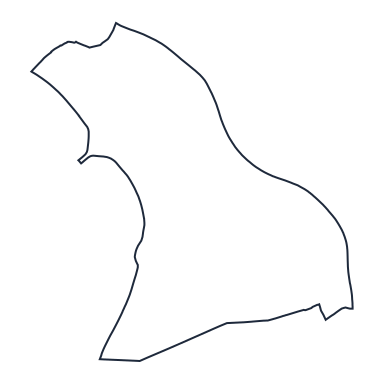 outline of Hattem, Gelderland, Netherlands
{"feature_id": "6326949B74620777468908", "entity_name": "Hattem", "entity_type": "district", "adm_level": 2, "iso_a3": "NLD", "parent_name": "Netherlands", "parent_adm1": "Gelderland", "projection": "mercator", "projection_center": [6.046, 52.477], "detail": "fine", "context": "isolated", "style": "outline", "palette": "slate", "viewbox_px": 384, "rotation_deg": 0, "n_neighbors": 0, "source": "geoboundaries", "source_scale": "gbopen_adm2", "svg_char_len": 5747}
<svg xmlns="http://www.w3.org/2000/svg" viewBox="0 0 384 384"><path d="M31.4,71.6L31.7,71.8L33.6,72.9L35.1,73.8L36.1,74.4L37.2,75.1L39.1,76.4L42.2,78.5L44.9,80.5L45.9,81.2L46.5,81.7L47.1,82.1L50.2,84.6L53.6,87.6L56.2,90.0L57.9,91.5L59.6,93.2L60.5,94.2L62.5,96.2L63.4,97.2L64.1,98.0L66.6,100.8L67.5,101.9L75.0,110.8L79.0,115.8L78.9,115.9L80.7,118.3L84.6,123.6L87.2,126.9L88.2,129.1L88.3,129.6L88.7,131.6L88.7,133.2L88.7,136.2L88.6,138.5L88.3,142.4L88.2,143.3L87.7,147.7L87.4,150.1L86.8,152.1L85.5,154.2L83.8,155.8L82.1,157.3L78.4,160.3L79.1,161.0L81.1,163.4L82.5,162.3L83.6,161.3L85.5,159.7L86.5,158.9L88.2,157.5L90.2,156.3L91.4,155.9L92.8,155.7L93.7,155.7L94.9,155.8L96.9,156.0L99.0,156.2L101.6,156.4L103.3,156.5L105.1,156.8L105.8,156.9L107.0,157.1L107.6,157.3L108.2,157.5L108.8,157.7L109.3,157.9L110.0,158.2L110.5,158.4L111.2,158.7L111.4,158.9L112.7,159.7L114.6,161.1L115.3,161.8L116.2,162.7L119.4,166.6L122.2,169.9L122.6,170.4L123.6,171.4L125.1,173.2L126.6,174.9L127.9,176.6L129.9,179.8L130.3,180.4L131.7,182.9L132.1,183.6L132.5,184.3L134.4,187.8L135.7,190.6L136.8,193.1L137.1,193.7L138.4,196.5L139.7,200.3L139.9,200.7L141.2,205.0L142.3,209.4L143.2,213.9L143.6,216.1L144.0,218.2L144.0,218.4L144.1,218.5L144.4,222.9L144.4,224.8L144.4,225.1L144.0,227.4L143.4,230.5L143.3,231.1L143.1,232.3L142.9,234.0L142.7,235.4L142.5,236.9L141.3,240.7L140.0,242.7L138.0,245.8L137.3,247.4L136.7,248.7L136.0,250.6L135.5,252.6L135.3,253.6L135.0,255.1L134.8,256.6L134.8,257.1L135.8,260.8L137.2,263.8L137.8,264.9L137.8,265.1L137.8,267.3L137.4,269.1L136.2,273.7L135.8,275.2L134.8,278.3L133.4,282.9L131.5,289.4L129.8,294.6L129.0,296.7L125.9,304.3L124.8,306.5L123.9,308.6L122.8,310.9L122.4,312.0L121.0,315.0L118.2,320.7L116.4,324.2L113.1,330.5L110.3,335.5L108.7,338.6L105.0,346.0L103.6,349.0L101.9,353.1L101.5,354.4L101.3,355.3L99.8,359.2L103.5,359.4L120.3,360.1L124.7,360.3L136.0,360.8L139.7,361.0L147.9,357.4L166.9,349.3L175.9,345.4L191.8,338.4L213.5,328.8L220.4,325.8L226.9,323.1L239.1,322.5L243.6,322.3L250.2,321.8L251.4,321.7L253.5,321.5L260.7,320.9L263.1,320.7L267.7,320.5L267.9,320.5L272.3,319.3L274.0,318.8L275.2,318.5L281.6,316.5L283.0,316.0L283.8,315.8L284.6,315.6L285.7,315.2L286.6,315.0L287.0,314.9L298.1,311.5L303.4,310.0L303.6,309.9L303.8,309.9L305.1,310.2L306.0,310.0L311.2,308.1L311.4,308.0L312.5,307.0L312.6,306.9L313.1,306.7L317.3,304.8L318.1,304.8L319.2,304.3L320.1,307.2L320.7,309.5L320.8,310.0L321.2,311.0L323.4,314.8L325.7,319.8L326.5,319.2L332.1,315.3L332.4,315.2L334.5,313.8L335.6,312.9L338.5,310.8L341.7,308.6L343.9,307.9L345.5,307.5L348.0,308.2L350.1,308.7L351.0,308.7L352.6,308.7L352.6,306.5L352.5,305.0L352.5,303.2L352.3,300.6L352.2,299.7L352.0,296.0L351.8,294.1L351.4,291.2L351.2,289.9L350.6,286.4L350.3,284.7L349.9,283.1L349.6,281.1L349.2,278.5L348.6,274.3L348.3,271.9L347.9,266.7L347.8,263.4L347.7,260.6L347.6,256.3L347.5,252.8L347.4,250.6L347.3,249.1L347.2,248.5L347.1,247.0L346.8,245.1L346.6,243.9L346.3,242.3L345.8,240.4L345.3,238.8L344.6,236.6L343.7,234.3L343.5,233.7L343.2,232.8L342.7,231.9L342.1,230.5L341.2,228.8L340.8,228.1L339.9,226.5L339.4,225.6L338.9,224.8L338.2,223.6L337.3,222.2L336.1,220.3L335.0,218.7L333.7,217.1L332.6,215.7L331.3,214.2L330.1,212.8L329.3,211.9L328.3,210.7L327.8,210.0L327.2,209.3L326.8,208.9L325.5,207.4L323.5,205.3L323.3,205.0L321.5,203.3L319.6,201.5L317.5,199.5L316.5,198.6L315.2,197.4L314.1,196.5L312.9,195.4L311.9,194.5L311.7,194.3L311.4,194.1L311.2,194.0L310.1,193.0L309.3,192.5L308.0,191.4L306.2,190.2L304.5,189.1L303.4,188.5L300.3,186.8L297.7,185.3L292.7,183.4L291.1,182.7L285.3,180.5L280.2,178.8L278.4,178.2L276.7,177.6L276.1,177.4L273.5,176.4L273.0,176.3L270.5,175.1L269.1,174.5L267.8,173.9L266.6,173.3L265.0,172.5L263.7,171.8L262.3,171.0L260.9,170.2L259.4,169.2L257.5,168.0L256.2,167.2L254.4,165.9L253.2,165.0L252.2,164.2L249.5,161.9L248.3,161.0L246.7,159.6L242.8,155.9L241.9,155.0L240.2,153.0L239.7,152.5L237.3,149.7L236.0,148.0L235.4,147.3L234.6,146.1L233.9,145.0L232.7,143.2L232.3,142.7L232.0,142.1L231.8,141.8L231.3,141.0L231.0,140.6L230.8,140.2L230.5,139.7L230.2,139.3L228.8,136.9L228.4,136.1L228.2,135.8L227.6,134.5L227.2,133.7L226.5,132.2L225.2,129.4L224.5,127.8L223.2,124.7L222.6,123.2L222.2,122.0L221.4,120.1L220.0,115.7L218.6,111.0L218.3,110.2L216.5,104.7L215.7,102.6L214.2,99.1L214.0,98.6L213.2,96.7L211.5,92.9L211.2,92.4L208.4,86.8L206.8,83.7L204.8,80.4L203.4,78.7L202.5,77.6L199.8,74.7L199.0,74.0L196.1,71.4L195.1,70.5L193.7,69.4L189.1,65.6L183.9,61.4L181.4,59.4L177.6,56.1L173.3,52.5L170.2,50.0L169.5,49.5L167.8,48.1L166.1,46.8L163.7,45.1L161.5,43.6L159.7,42.6L155.6,40.2L153.3,39.1L151.4,38.2L149.4,37.2L148.1,36.6L143.5,34.4L138.4,32.4L134.4,30.9L130.4,29.6L129.1,29.1L127.3,28.4L123.8,27.0L121.3,26.0L119.7,25.2L118.3,24.4L117.1,23.6L116.0,23.0L115.3,24.7L113.6,29.1L113.3,30.1L112.9,30.7L112.6,31.3L110.2,35.5L109.7,36.4L109.6,36.6L108.2,38.6L107.9,39.0L107.6,39.3L104.7,41.4L102.5,42.9L102.3,43.1L101.4,44.0L101.0,44.4L100.8,44.6L100.6,44.8L100.4,45.0L100.1,45.1L97.5,45.7L93.1,46.7L89.4,47.6L89.1,47.4L88.8,47.2L88.7,47.2L88.3,47.0L88.0,46.9L85.3,45.8L84.1,45.4L83.8,45.3L81.6,44.4L80.1,43.8L79.0,43.3L78.6,43.2L77.8,42.8L77.1,42.5L76.7,42.2L76.2,41.8L76.0,41.7L75.0,42.5L74.6,42.6L74.4,42.7L74.1,42.7L73.7,42.6L73.0,42.4L71.5,42.1L69.2,41.8L68.8,41.8L68.6,41.8L68.2,41.8L67.6,41.9L67.6,42.0L66.7,42.6L65.1,43.3L64.9,43.3L63.9,43.9L61.9,45.2L61.6,45.4L61.1,45.6L60.5,45.5L60.4,45.7L59.3,46.3L59.0,46.6L57.5,47.4L56.8,47.8L56.3,48.1L56.0,48.3L55.7,48.4L55.1,48.8L54.4,49.2L54.2,49.4L53.5,49.9L52.7,50.5L51.6,51.4L51.4,51.6L51.2,51.7L51.2,52.3L48.3,54.5L46.4,56.0L45.6,56.7L44.4,57.7L43.8,58.3L42.9,59.3L42.6,59.7L41.0,61.4L40.7,61.8L39.6,62.8L35.8,66.8L35.2,67.4L34.6,68.1L33.3,69.4L33.0,69.8L31.7,71.2L31.5,71.5L31.4,71.6Z" fill="none" stroke="#1e293b" stroke-width="2"/></svg>